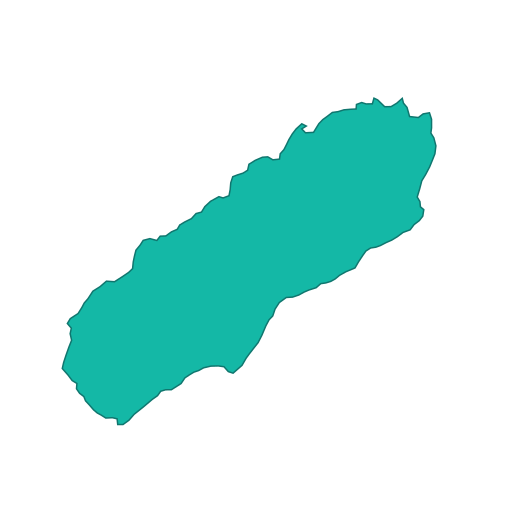 outline of Caiabu, São Paulo, Brazil, rotated 44°
{"feature_id": "56859067B16572160644513", "entity_name": "Caiabu", "entity_type": "district", "adm_level": 2, "iso_a3": "BRA", "parent_name": "Brazil", "parent_adm1": "São Paulo", "projection": "equal_earth", "projection_center": [-51.225, -21.947], "detail": "fine", "context": "isolated", "style": "filled", "palette": "teal", "viewbox_px": 512, "rotation_deg": 44, "n_neighbors": 0, "source": "geoboundaries", "source_scale": "gbopen_adm2", "svg_char_len": 2273}
<svg xmlns="http://www.w3.org/2000/svg" viewBox="0 0 512 512"><g transform="rotate(44 256 256)"><path d="M344.5,106.1L340.1,106.4L336.1,103.0L331.0,101.6L327.2,94.2L323.0,86.7L321.4,79.5L319.0,71.3L316.3,64.5L313.7,58.2L308.9,51.8L301.9,47.5L296.4,46.1L293.3,41.9L287.3,35.7L281.3,32.5L277.5,37.7L276.6,43.6L269.6,49.0L261.4,44.2L255.9,43.6L251.7,41.0L251.1,48.4L249.4,54.7L244.9,59.2L239.9,59.2L235.1,59.2L231.2,60.5L234.0,65.7L229.6,70.1L225.4,72.2L223.0,77.2L225.9,80.7L221.7,85.2L217.7,89.8L214.8,95.1L211.2,99.7L210.2,106.4L209.3,111.5L209.3,117.1L211.5,127.1L206.0,133.0L200.6,132.8L201.9,127.6L197.1,129.1L196.6,136.7L197.3,142.9L198.8,149.4L200.6,154.8L202.2,160.1L202.4,165.6L205.6,170.0L201.3,175.1L195.6,176.5L192.0,180.5L189.0,187.7L187.2,194.9L190.4,200.1L189.1,205.4L186.3,210.6L184.2,215.1L187.0,220.9L191.4,226.3L194.7,231.4L192.0,237.1L188.1,239.1L185.3,248.2L184.9,256.0L186.3,262.3L183.4,267.1L183.6,274.0L181.1,281.0L179.6,286.6L180.8,291.5L178.4,297.4L177.2,304.2L173.3,308.3L173.9,313.7L167.6,317.2L164.0,323.1L165.1,328.7L165.6,335.2L168.7,340.6L171.8,345.5L176.0,350.8L175.8,356.2L174.4,363.0L172.1,372.8L165.9,378.0L165.1,386.5L163.1,394.6L164.8,403.4L165.1,409.1L166.5,413.9L168.0,421.0L165.9,430.0L167.2,435.6L173.3,436.2L176.3,441.0L181.9,444.7L184.7,451.5L188.3,459.4L191.6,466.2L194.8,471.5L203.4,472.2L210.3,473.3L215.7,472.1L219.1,476.2L224.5,477.3L229.8,476.7L234.0,478.6L239.7,478.9L246.0,479.5L250.8,479.2L255.1,478.0L260.5,476.9L265.0,472.1L269.2,469.6L273.6,473.3L277.4,469.6L278.7,462.3L278.3,454.6L279.8,443.0L281.0,431.1L282.2,424.9L281.4,419.5L283.9,415.0L288.0,411.0L290.7,399.8L289.5,393.0L290.7,387.6L292.0,382.7L294.3,378.3L296.0,372.8L300.0,366.6L305.3,361.2L309.9,357.9L316.4,358.4L320.9,356.2L321.9,344.4L319.9,336.4L319.2,331.4L318.4,323.9L317.7,316.9L315.3,309.0L311.6,299.4L309.7,292.8L309.7,287.5L306.6,281.0L305.1,273.3L306.6,264.8L310.9,260.1L313.9,254.3L315.6,248.7L317.7,243.7L321.3,237.0L321.8,230.9L324.9,226.9L327.4,222.4L328.9,217.5L329.5,211.9L331.6,204.9L335.5,195.8L333.8,189.0L332.4,181.4L331.6,176.0L332.9,170.6L336.1,166.4L338.2,162.1L340.3,155.9L342.6,150.3L344.3,143.8L345.4,136.9L348.7,130.1L347.9,123.6L348.9,117.1L348.3,111.5L344.5,106.1Z" fill="#14b8a6" stroke="#0f766e" stroke-width="1.5"/></g></svg>